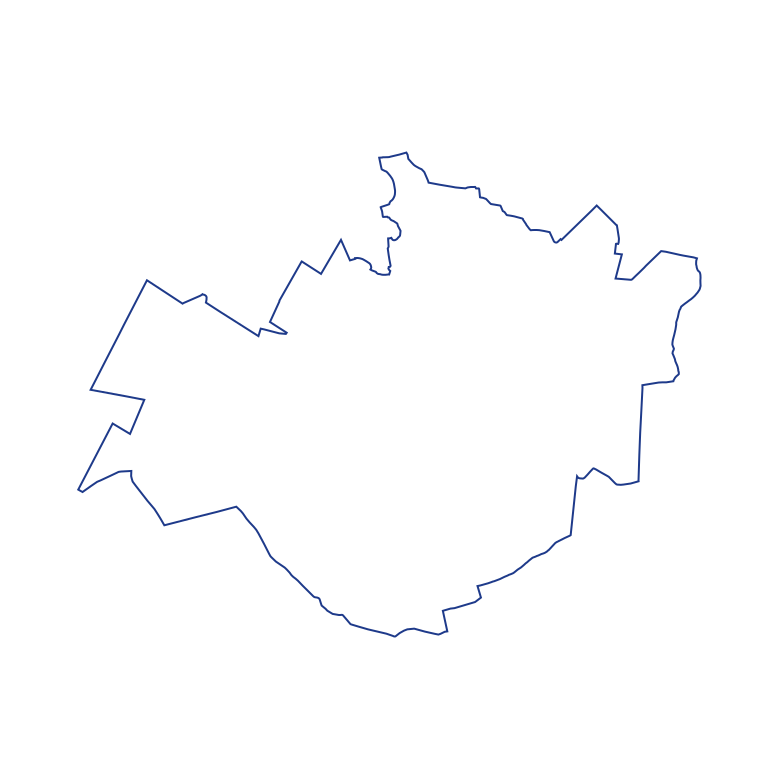 Terebesti, Satu Mare, Romania (Mercator projection), rotated 199°
{"feature_id": "2599482B23663096726600", "entity_name": "Terebesti", "entity_type": "district", "adm_level": 2, "iso_a3": "ROU", "parent_name": "Romania", "parent_adm1": "Satu Mare", "projection": "mercator", "projection_center": [22.739, 47.671], "detail": "fine", "context": "isolated", "style": "outline", "palette": "blue", "viewbox_px": 768, "rotation_deg": 199, "n_neighbors": 0, "source": "geoboundaries", "source_scale": "gbopen_adm2", "svg_char_len": 6154}
<svg xmlns="http://www.w3.org/2000/svg" viewBox="0 0 768 768"><g transform="rotate(199 384 384)"><path d="M243.6,170.7L254.5,188.7L248.0,193.3L244.4,195.0L226.9,207.5L222.8,213.6L229.8,223.4L227.3,224.9L220.8,229.4L218.0,231.6L216.7,232.7L215.6,233.4L210.9,237.3L207.3,240.9L204.7,243.2L203.8,244.2L201.8,245.8L200.2,247.3L199.3,248.6L197.2,252.0L194.7,255.2L192.7,258.6L191.7,260.5L190.6,262.1L189.4,264.3L187.0,268.1L184.3,270.3L183.8,270.9L182.5,271.9L181.4,272.9L179.9,274.4L178.0,275.8L176.8,276.9L175.4,278.6L174.8,279.8L174.1,280.8L170.3,289.4L169.4,290.6L163.1,297.1L158.9,301.1L158.3,301.9L169.4,349.9L171.4,359.6L169.8,358.5L168.8,358.5L167.9,358.6L166.4,359.0L165.2,359.3L164.6,359.7L163.7,360.9L162.0,364.7L160.7,367.9L159.0,371.7L158.8,372.1L158.2,372.5L155.6,372.2L149.8,371.0L143.1,369.8L141.2,369.4L133.4,365.5L131.6,364.8L130.8,364.8L128.6,365.4L127.2,365.8L124.8,366.9L118.4,370.2L111.6,374.9L112.0,375.8L119.6,400.4L125.9,421.3L131.8,441.9L138.3,464.4L139.3,467.0L124.8,474.8L121.6,476.1L117.8,477.4L111.3,480.8L111.4,481.6L110.8,484.8L110.0,486.6L108.9,488.4L108.5,489.3L108.6,489.6L108.8,490.4L109.5,491.7L110.0,492.2L110.5,493.4L111.8,495.6L112.8,496.9L115.9,500.3L117.1,502.3L119.7,505.3L121.2,506.9L121.5,508.8L121.3,510.0L121.3,511.2L121.4,511.8L123.4,514.1L124.2,515.2L124.8,517.4L125.2,519.6L125.4,522.1L125.6,525.0L126.2,530.6L127.0,535.1L127.8,537.5L127.9,542.7L128.6,548.3L128.6,550.2L128.3,551.4L128.3,551.9L128.2,553.9L127.1,555.7L126.2,557.1L125.0,558.9L124.6,559.4L122.4,562.7L121.3,564.2L120.0,566.4L118.8,568.7L118.0,570.8L117.3,572.5L116.7,574.8L116.4,576.0L116.4,577.3L116.6,579.8L117.6,582.3L118.6,585.0L119.3,587.5L120.3,590.1L121.1,591.5L121.8,592.4L122.9,593.0L124.0,593.4L124.9,594.2L126.2,595.9L126.8,597.1L127.8,598.7L128.2,599.8L128.6,601.1L128.9,602.2L129.0,604.7L132.5,604.5L142.6,602.9L146.3,602.4L151.7,601.8L160.5,600.8L165.2,599.9L174.8,581.1L175.9,578.6L179.1,572.2L181.2,568.2L183.1,564.4L183.8,563.3L184.5,562.9L199.4,559.1L201.3,584.0L208.2,582.5L210.0,590.8L210.3,591.9L210.3,592.0L210.1,592.2L209.7,592.4L209.1,592.5L208.2,592.7L208.2,594.1L208.9,597.0L209.3,598.2L213.5,606.2L215.5,609.9L215.8,610.0L216.0,609.9L233.9,618.6L234.5,618.9L241.0,622.0L243.9,616.0L253.1,597.8L263.1,578.0L264.2,578.5L266.2,574.6L266.7,574.1L267.2,573.8L267.8,573.7L268.8,573.7L269.5,574.0L270.0,574.4L276.8,581.5L282.4,580.8L287.3,580.0L290.2,579.2L294.0,577.8L295.2,577.2L295.9,577.4L296.9,577.9L301.2,580.8L301.6,581.3L306.0,584.6L306.3,585.2L307.1,585.5L315.5,584.9L318.9,584.4L322.7,583.7L323.1,583.8L325.5,585.5L326.2,585.9L328.0,586.2L331.7,590.3L332.1,590.5L332.5,590.5L341.4,589.0L342.7,589.5L346.6,591.6L347.4,592.0L347.9,592.2L349.4,592.2L350.7,592.3L353.6,591.8L354.0,591.8L357.4,599.1L357.9,599.7L358.3,599.7L360.2,599.0L360.7,598.9L361.0,599.2L361.4,599.6L362.0,600.0L363.8,599.3L366.1,598.5L367.9,597.6L369.0,597.0L370.7,595.5L378.4,593.6L380.6,593.1L384.0,592.6L396.6,590.5L407.4,588.9L407.8,589.5L408.8,590.8L414.8,597.4L416.0,598.1L418.4,599.3L420.9,599.5L425.3,600.3L427.2,600.9L430.1,602.4L434.3,604.8L436.3,608.4L438.2,610.1L441.8,607.6L444.2,605.9L451.8,601.1L453.1,600.2L454.8,599.5L459.1,597.9L459.2,597.7L462.2,596.4L457.7,588.8L456.2,586.4L455.6,586.1L452.4,585.7L450.8,585.6L449.2,584.8L445.9,582.8L443.3,580.9L442.0,579.6L440.9,578.2L439.7,576.4L437.8,572.9L437.1,571.6L436.4,570.2L435.9,568.6L435.4,566.6L435.3,564.9L435.5,563.0L435.7,562.0L435.9,561.3L436.6,559.8L437.1,559.2L437.4,558.6L437.7,556.8L437.6,556.1L437.6,555.8L437.7,555.6L439.3,554.3L444.3,550.5L444.7,550.1L444.6,549.9L443.2,548.2L442.0,546.6L439.7,542.1L439.5,541.8L439.3,541.7L439.1,541.7L435.4,543.2L435.1,543.0L434.8,542.8L434.5,542.8L434.0,543.0L433.2,543.0L432.6,542.5L431.7,541.9L431.1,541.5L430.5,541.4L429.3,541.2L428.1,541.2L423.9,540.1L423.5,539.8L423.4,539.6L422.2,537.9L418.3,534.3L418.2,534.1L417.4,530.7L417.2,529.5L417.4,528.8L417.5,528.4L418.2,527.3L418.4,526.7L418.5,526.3L419.0,525.2L419.4,524.7L420.0,524.0L420.5,523.6L421.3,523.2L421.8,523.1L422.6,523.1L423.1,523.3L423.6,523.7L424.3,524.3L424.7,524.6L425.8,523.7L427.5,523.0L427.1,521.9L424.5,515.7L424.4,515.0L424.4,514.5L424.5,513.8L424.6,513.4L421.6,507.5L419.4,503.4L416.3,498.0L416.3,497.3L416.5,496.8L416.9,496.5L417.6,496.2L417.4,494.5L416.1,493.4L414.9,492.9L414.8,489.2L415.3,489.1L418.0,487.8L419.6,487.2L421.0,486.8L422.2,486.6L423.3,486.6L425.2,486.2L425.6,486.2L426.9,486.5L427.4,486.8L428.1,487.3L428.5,487.4L432.4,487.5L434.1,487.8L434.0,488.2L433.9,489.0L434.0,490.0L434.3,490.6L435.0,491.7L435.6,492.4L436.5,493.1L437.2,493.4L440.7,494.3L443.1,494.8L444.9,495.1L446.0,495.1L447.7,495.0L449.3,494.7L450.5,494.4L452.3,493.6L451.9,493.0L456.4,489.8L471.6,506.3L479.4,467.6L480.1,467.8L501.7,473.1L501.8,472.8L510.0,428.9L509.8,427.8L512.0,405.5L492.7,400.8L493.1,399.4L499.5,397.8L508.6,397.1L515.1,396.6L518.6,396.2L518.3,388.4L562.0,398.8L578.9,403.0L579.0,404.0L579.3,406.0L579.7,407.3L580.0,408.3L580.6,409.0L581.2,409.4L582.5,409.8L583.6,409.8L584.2,409.6L584.9,409.8L585.3,409.0L586.6,407.5L600.0,395.2L600.6,394.4L641.9,404.9L649.2,355.1L650.6,344.8L655.2,313.0L657.8,294.7L659.5,283.0L623.7,288.4L605.5,291.0L607.9,254.1L627.7,258.3L638.7,184.6L633.9,183.7L627.7,192.3L623.4,198.1L620.7,200.5L612.2,208.7L606.3,214.5L604.2,215.6L594.6,219.5L593.1,214.6L591.7,212.4L589.9,209.9L585.2,206.7L569.4,196.4L564.3,193.4L560.3,191.0L555.6,187.3L551.7,184.1L545.7,178.9L518.6,196.8L500.3,208.7L483.7,219.9L478.0,217.3L475.3,215.7L470.2,211.9L466.0,209.4L460.7,206.6L457.4,204.6L454.0,201.8L445.5,193.9L437.2,185.9L435.3,184.2L434.0,183.5L428.4,180.9L418.1,178.1L415.5,176.9L411.8,174.9L409.4,173.2L407.1,172.1L404.1,171.1L401.4,170.0L395.0,166.7L381.8,160.3L380.6,159.9L379.8,159.9L377.7,160.3L376.4,160.3L375.4,160.0L374.7,159.4L371.9,155.6L370.8,154.2L366.0,152.4L363.8,151.2L357.7,149.9L351.4,150.9L350.5,151.2L349.0,151.9L348.2,152.1L347.4,151.9L337.6,146.1L336.9,146.0L329.3,146.3L319.3,146.8L300.4,148.7L293.5,148.7L292.3,148.6L291.6,148.8L291.0,149.1L288.1,153.6L284.8,157.3L282.1,159.6L275.8,162.5L264.7,163.2L254.7,164.3L251.0,164.8L249.2,166.2L245.9,169.5L243.6,170.7Z" fill="none" stroke="#1e3a8a" stroke-width="2"/></g></svg>